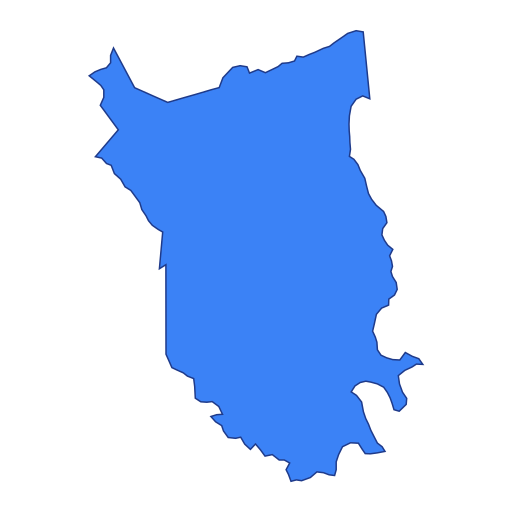 outline of Xaxim, Santa Catarina, Brazil
{"feature_id": "56859067B50522823079629", "entity_name": "Xaxim", "entity_type": "district", "adm_level": 2, "iso_a3": "BRA", "parent_name": "Brazil", "parent_adm1": "Santa Catarina", "projection": "orthographic", "projection_center": [-52.514, -26.975], "detail": "fine", "context": "isolated", "style": "filled", "palette": "blue", "viewbox_px": 512, "rotation_deg": 0, "n_neighbors": 0, "source": "geoboundaries", "source_scale": "gbopen_adm2", "svg_char_len": 2425}
<svg xmlns="http://www.w3.org/2000/svg" viewBox="0 0 512 512"><path d="M394.5,295.0L397.2,289.4L396.2,282.5L392.5,276.6L390.9,271.5L392.5,266.4L391.5,260.9L389.6,255.8L392.8,249.4L387.7,245.2L384.4,240.3L381.9,234.9L382.7,228.6L386.9,222.7L385.9,216.5L383.6,211.5L376.2,205.3L371.6,199.3L368.5,193.6L366.6,186.2L364.8,178.3L360.3,170.5L357.9,164.6L353.9,159.3L349.4,156.4L350.5,149.3L349.9,142.4L349.7,136.6L349.2,130.9L349.0,124.0L349.4,115.8L351.1,106.3L356.1,99.2L362.7,95.9L369.8,98.8L363.2,31.9L356.1,30.7L347.7,33.4L341.0,38.1L334.4,42.6L329.5,46.4L323.4,48.3L314.6,52.4L309.4,54.4L303.3,57.1L296.9,56.2L294.5,61.0L288.5,62.8L282.1,63.3L278.1,66.6L272.1,69.5L265.4,72.7L258.1,69.6L249.5,73.1L247.0,66.8L240.1,65.7L232.7,67.4L222.9,77.8L219.2,87.6L211.4,89.7L195.2,94.5L184.6,97.5L167.7,102.4L153.2,96.0L134.6,87.7L113.5,48.0L110.6,55.4L110.6,62.8L106.4,67.8L100.8,69.4L95.0,71.8L89.2,75.8L95.8,81.2L100.8,85.4L103.8,89.8L103.8,97.4L100.3,105.3L118.3,129.8L95.4,156.7L101.7,158.1L106.5,163.5L111.2,165.3L114.4,173.6L120.7,179.2L125.1,186.9L130.8,190.4L135.8,197.2L139.8,202.7L141.8,209.5L146.1,215.9L148.5,220.7L152.4,225.4L158.3,229.5L162.7,232.0L159.4,268.7L165.9,264.7L166.0,354.2L169.2,361.4L171.9,367.6L177.6,370.3L183.4,372.9L187.4,376.1L193.7,378.6L194.7,386.6L195.3,398.2L200.8,401.8L206.8,402.2L212.2,401.6L218.8,406.5L222.5,414.3L216.7,414.7L210.9,416.5L215.6,421.8L221.7,425.6L223.5,431.0L228.2,437.5L235.6,438.3L240.7,437.2L244.7,444.1L250.4,449.4L255.5,444.0L260.5,449.9L265.0,456.1L272.3,454.6L279.2,460.0L284.3,460.0L289.7,463.0L286.1,469.7L288.5,474.5L291.0,481.3L296.4,479.9L301.6,480.7L310.4,477.5L316.9,471.9L323.5,472.7L329.1,474.8L334.6,475.5L336.2,469.7L336.2,461.8L338.6,454.6L342.5,446.7L350.5,442.8L358.4,443.2L362.1,449.1L365.2,453.6L370.3,453.8L377.1,452.9L385.0,451.4L382.1,446.7L377.4,443.1L374.2,436.9L370.8,430.2L368.5,424.2L365.7,418.5L363.4,411.7L361.6,402.0L356.5,395.4L351.2,391.9L355.0,385.9L360.2,382.5L365.8,381.2L370.8,382.1L377.4,383.9L383.7,387.2L387.4,392.5L390.1,397.8L392.1,403.4L394.0,409.7L399.2,411.2L406.2,404.4L406.7,398.4L402.5,392.2L399.5,384.0L398.3,375.6L404.9,370.3L412.0,367.0L416.4,364.1L422.8,364.4L418.8,358.7L412.2,356.3L405.3,352.5L399.8,360.0L392.7,359.6L386.6,357.8L381.0,355.2L377.4,349.8L376.9,342.2L375.3,337.1L372.6,331.2L374.5,323.1L376.4,314.3L381.6,308.1L388.6,305.1L388.8,299.1L394.5,295.0Z" fill="#3b82f6" stroke="#1e3a8a" stroke-width="1.5"/></svg>